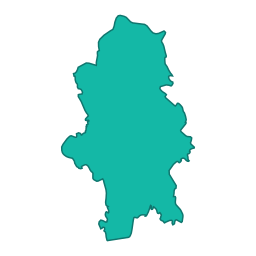 outline of Central Finland
{"feature_id": "FIN-3177", "entity_name": "Central Finland", "entity_type": "Province", "adm_level": 1, "iso_a3": "FIN", "parent_name": "Finland", "parent_adm1": "", "projection": "mercator", "projection_center": [25.479, 62.526], "detail": "fine", "context": "isolated", "style": "filled", "palette": "teal", "viewbox_px": 256, "rotation_deg": 0, "n_neighbors": 0, "source": "natural_earth", "source_scale": "10m", "svg_char_len": 4749}
<svg xmlns="http://www.w3.org/2000/svg" viewBox="0 0 256 256"><path d="M164.0,31.0L164.5,31.4L165.5,32.4L165.2,33.9L162.1,39.3L161.5,40.6L161.8,42.4L162.6,43.3L163.8,46.2L165.3,52.6L166.2,55.6L166.2,56.9L165.1,57.4L164.8,58.3L164.8,60.6L165.1,63.8L167.1,66.7L168.6,69.9L170.5,73.1L171.8,74.6L172.5,75.9L170.3,75.6L169.1,76.0L168.6,76.6L168.8,78.4L169.3,79.3L170.5,80.9L171.9,81.8L172.7,82.0L173.0,83.3L172.3,84.7L171.4,85.8L170.9,85.9L168.9,85.2L166.2,84.9L160.4,86.6L159.8,88.4L160.6,89.8L162.2,91.5L165.4,93.6L166.4,94.7L166.2,95.0L165.1,96.6L165.7,97.8L174.7,105.7L175.4,106.0L176.4,104.9L177.4,103.3L178.6,103.4L180.1,104.7L181.8,106.6L182.5,107.9L182.8,109.4L183.3,111.4L184.4,112.9L185.5,116.2L186.2,119.6L185.9,121.1L185.4,122.2L185.6,122.2L185.8,122.3L186.1,122.9L185.5,124.1L180.6,130.2L180.9,131.5L185.8,135.8L187.2,136.5L190.5,136.8L191.7,137.9L191.4,139.9L191.0,141.3L190.8,142.0L190.5,142.7L190.8,143.9L194.3,147.2L194.2,148.0L191.9,148.6L190.4,149.4L189.8,150.2L189.5,151.4L189.6,151.5L190.0,151.6L190.0,152.4L189.7,152.9L189.0,153.6L187.6,154.1L187.4,155.2L187.6,155.7L187.9,157.0L188.0,158.4L188.0,159.2L188.6,160.3L189.1,160.8L188.6,161.3L187.4,161.2L186.1,160.3L184.8,158.8L184.2,158.4L183.1,158.1L182.5,158.2L181.4,158.7L180.7,159.9L180.9,160.0L181.1,160.1L181.3,160.2L181.2,160.8L180.9,161.3L180.3,162.0L179.6,162.5L179.2,162.7L177.8,161.5L176.6,161.6L173.5,164.3L169.1,170.5L169.3,174.3L176.2,185.6L176.0,188.2L174.7,189.0L174.1,190.9L174.0,193.4L173.5,196.6L175.2,196.6L175.6,197.5L175.6,198.5L175.3,202.2L175.6,203.9L176.0,204.7L180.2,209.4L180.9,210.5L182.5,213.8L182.9,215.2L182.9,216.8L182.2,221.6L181.3,222.4L176.4,219.8L175.3,220.3L174.7,221.9L174.6,222.6L174.6,223.1L174.4,223.8L173.3,224.6L172.8,224.8L172.4,223.9L172.1,223.1L172.2,222.3L172.4,221.6L172.0,220.5L171.3,220.3L169.5,220.5L165.2,222.4L164.8,222.8L164.4,222.9L163.1,221.2L161.1,220.3L160.6,219.8L160.1,218.9L160.1,218.6L160.3,218.4L160.6,217.7L160.8,216.7L161.2,215.4L161.3,214.9L161.1,214.4L160.7,214.0L160.5,213.4L159.8,212.6L158.8,213.5L157.8,213.3L157.3,212.6L156.7,210.4L156.3,209.4L155.6,208.6L153.7,206.8L153.2,207.3L153.1,208.2L152.5,209.2L151.8,209.4L151.3,209.2L151.1,208.3L151.3,207.6L151.4,206.5L151.1,205.7L150.6,205.4L150.1,206.6L149.8,207.8L148.4,211.8L146.7,215.2L145.9,216.1L145.2,216.1L145.6,215.1L144.7,214.9L142.4,214.8L141.1,215.0L139.6,215.8L137.9,217.5L137.1,217.9L134.6,217.3L133.9,217.6L133.3,220.1L132.0,229.2L131.3,233.0L130.4,235.3L129.6,236.7L128.5,237.3L107.4,240.6L107.0,240.2L106.2,237.0L105.9,233.9L105.2,231.7L104.2,231.2L104.0,230.6L104.7,229.4L104.5,227.6L103.0,227.2L101.8,228.4L100.7,228.8L100.4,227.7L99.5,225.8L98.8,224.0L99.2,221.8L100.8,220.1L102.7,220.6L105.9,222.2L107.0,221.7L107.0,221.1L107.0,220.7L107.2,220.3L107.4,219.8L107.3,218.7L106.2,217.1L105.5,215.8L105.3,214.4L105.7,212.6L106.3,211.8L107.1,212.0L107.4,212.5L108.3,212.9L108.8,212.2L108.7,210.6L107.6,208.0L107.3,207.1L107.6,206.9L108.1,206.5L107.0,206.0L106.0,205.0L105.6,202.2L106.1,198.1L106.4,193.1L106.0,189.7L104.0,182.5L103.6,180.6L102.7,178.9L98.0,181.1L96.6,181.2L93.8,179.6L93.0,178.6L92.9,177.9L92.9,176.2L92.9,174.4L93.0,173.4L92.2,172.2L91.3,171.6L90.1,169.9L89.1,167.8L88.0,166.0L86.3,164.7L84.8,164.8L82.3,166.0L81.5,166.7L82.1,168.2L80.8,168.7L78.9,168.3L78.3,167.5L76.7,166.6L74.8,163.3L74.3,161.0L72.5,158.3L68.6,157.4L66.4,156.5L64.4,155.1L63.3,154.0L62.4,152.6L61.8,150.4L61.7,147.0L63.1,144.2L67.0,138.9L68.8,137.1L70.2,136.0L71.3,135.8L75.3,137.3L76.4,137.1L76.8,136.0L76.6,134.8L76.5,133.7L78.7,132.8L79.3,133.1L79.8,133.2L80.4,133.5L80.9,134.2L81.1,134.8L81.7,135.0L82.6,134.0L83.7,133.2L84.3,133.0L84.9,132.9L85.5,132.3L85.4,131.7L85.3,131.2L85.9,130.6L86.1,129.2L86.1,128.1L86.3,127.8L86.3,127.4L86.1,126.9L86.2,126.4L86.3,126.4L86.8,126.5L86.9,126.2L86.7,126.1L86.6,125.7L86.6,125.0L86.6,124.8L86.9,124.6L87.9,124.3L88.0,123.9L87.9,123.5L87.7,122.4L87.6,122.0L87.5,121.6L87.5,121.3L88.6,121.4L88.8,121.1L88.8,120.5L88.4,120.2L87.1,120.4L85.6,120.3L85.4,119.3L85.8,118.6L88.3,115.9L87.6,114.3L86.6,113.1L85.0,110.4L81.3,101.7L78.3,96.6L78.3,94.7L79.0,94.4L82.0,94.0L82.5,92.4L82.1,91.1L81.0,89.4L79.3,88.8L78.3,88.7L77.4,87.0L77.5,85.1L77.1,83.7L76.4,83.1L75.8,82.0L75.4,80.5L75.2,79.4L75.2,78.1L75.2,77.2L75.0,76.3L74.8,76.3L74.5,76.5L74.1,76.3L73.5,73.6L75.2,73.1L76.4,71.8L77.4,69.8L78.2,67.3L86.2,63.0L89.0,63.2L96.3,65.4L96.4,64.8L96.3,62.6L96.6,60.7L97.2,57.7L97.6,55.2L97.4,53.9L97.4,51.9L97.8,51.4L99.0,50.6L99.3,50.5L98.6,46.6L98.5,42.3L99.9,39.2L104.0,35.2L110.4,30.8L112.9,29.4L114.1,26.3L114.9,22.2L116.3,18.1L118.2,15.8L120.2,15.4L124.0,16.3L126.3,17.4L130.5,21.8L132.7,22.9L144.6,24.4L147.0,25.9L150.9,30.9L153.1,33.0L155.9,33.8L158.7,33.4L164.0,31.0Z" fill="#14b8a6" stroke="#0f766e" stroke-width="1.5"/></svg>